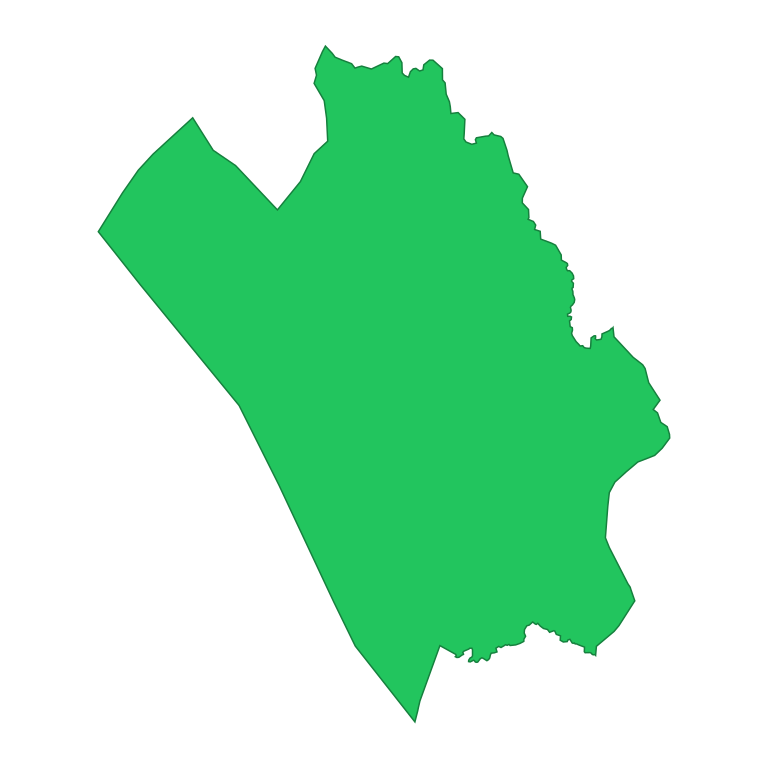 San Martín Zacatepec, Oaxaca, Mexico (Robinson projection)
{"feature_id": "50627088B15099528987942", "entity_name": "San Martín Zacatepec", "entity_type": "district", "adm_level": 2, "iso_a3": "MEX", "parent_name": "Mexico", "parent_adm1": "Oaxaca", "projection": "robinson", "projection_center": [-98.056, 17.815], "detail": "fine", "context": "isolated", "style": "filled", "palette": "green", "viewbox_px": 768, "rotation_deg": 0, "n_neighbors": 0, "source": "geoboundaries", "source_scale": "gbopen_adm2", "svg_char_len": 3386}
<svg xmlns="http://www.w3.org/2000/svg" viewBox="0 0 768 768"><path d="M578.8,344.4L576.1,341.6L572.3,335.6L571.6,333.3L572.5,330.1L572.3,327.7L570.2,326.6L569.5,320.9L571.2,319.5L571.5,317.0L570.2,316.3L567.7,316.3L567.5,314.1L569.8,313.1L570.9,311.9L571.1,310.1L570.4,307.3L571.2,305.9L572.4,305.0L574.2,302.4L574.7,299.7L574.4,298.1L572.8,294.1L573.0,293.5L572.8,291.2L572.0,289.2L572.2,288.0L573.1,287.5L573.4,283.3L571.6,281.3L571.8,280.0L573.7,278.7L573.5,275.9L572.1,273.1L569.7,270.7L567.5,270.7L566.6,269.3L566.2,267.4L567.7,265.4L567.4,263.6L566.4,262.8L561.4,260.1L561.2,254.9L555.6,245.2L551.6,243.2L540.7,239.1L540.2,231.3L534.6,229.5L535.7,225.1L533.4,221.5L528.1,219.3L528.9,217.5L528.5,209.5L522.3,202.9L522.4,198.1L527.5,186.7L518.8,174.2L513.2,172.9L508.2,155.8L507.0,150.4L503.0,138.4L500.8,136.5L494.1,134.9L491.8,132.5L488.7,135.9L485.4,136.2L476.4,137.8L475.4,139.7L476.4,143.1L471.8,144.3L466.0,142.0L463.8,138.9L464.2,133.6L464.9,119.3L458.1,112.6L450.9,113.5L450.3,106.8L449.4,101.7L446.2,94.2L445.1,82.9L442.5,79.9L442.4,68.6L433.0,60.2L429.6,60.1L423.8,64.8L423.0,69.9L419.6,71.0L415.9,68.4L413.2,68.9L410.4,71.7L408.5,77.2L404.5,75.4L402.2,73.0L401.9,62.7L398.7,56.8L395.6,56.5L387.7,63.6L383.9,63.1L371.4,69.0L361.7,66.1L357.6,67.2L355.0,68.1L351.6,63.7L341.6,59.9L335.1,57.2L332.2,53.3L325.4,46.1L322.5,51.5L315.1,68.4L316.5,75.2L314.1,83.4L324.2,100.6L326.6,118.2L327.7,141.2L314.2,153.6L300.4,181.6L277.4,209.9L235.7,165.7L213.2,150.3L192.7,117.8L153.0,154.2L138.3,170.2L122.5,192.9L98.3,231.7L140.2,284.6L239.1,405.5L279.0,485.2L333.8,602.0L355.3,646.1L414.9,721.9L417.7,710.9L418.4,707.5L419.1,704.5L419.9,701.0L439.9,645.6L455.8,654.4L456.2,655.7L455.3,656.7L456.9,657.5L458.9,657.3L462.1,655.0L463.5,654.4L463.4,653.7L462.7,652.5L464.0,651.1L468.9,649.0L469.8,648.2L471.9,648.2L472.5,649.8L472.5,655.7L471.9,657.0L470.0,658.1L468.7,660.2L468.6,661.6L470.2,661.9L473.5,660.3L474.4,660.6L475.2,661.9L476.2,662.3L477.7,662.1L480.2,658.8L481.8,657.8L483.1,658.3L486.9,660.7L488.6,659.6L489.7,658.0L490.4,654.9L491.2,653.2L494.4,652.8L497.0,651.9L495.9,648.2L498.7,646.4L501.0,647.5L504.6,645.4L505.6,644.7L507.2,645.3L509.0,644.4L510.1,645.5L515.7,644.9L520.0,643.4L523.8,641.4L523.9,639.2L525.6,636.2L524.2,633.0L524.5,629.6L526.8,625.8L529.2,625.1L532.7,622.0L535.2,624.0L536.3,624.4L537.8,623.3L540.3,626.1L543.5,628.5L547.5,629.5L549.6,632.3L553.9,630.7L554.8,631.1L556.3,634.4L560.5,635.8L560.2,640.2L563.3,642.0L567.2,641.6L568.0,639.9L569.9,639.3L572.1,642.9L573.1,643.3L574.4,643.0L575.1,643.9L576.5,643.9L578.7,644.9L584.5,647.1L584.3,651.7L585.1,652.7L590.1,652.6L591.4,653.3L592.1,654.3L593.2,654.8L594.8,654.6L595.6,655.4L596.4,646.3L614.1,631.4L618.9,625.7L634.1,601.9L634.5,601.3L634.8,600.9L630.8,589.3L630.6,588.6L630.2,587.2L628.1,584.1L627.8,583.6L609.3,547.5L605.4,537.8L607.8,506.3L609.3,492.6L614.9,482.1L626.0,472.0L637.8,462.0L654.7,455.4L662.2,448.2L669.7,438.1L669.5,434.4L667.2,426.7L660.8,422.4L657.5,412.9L653.2,409.5L660.0,400.2L648.7,382.7L645.1,368.5L642.7,364.8L633.1,357.3L614.0,336.8L613.0,327.6L612.5,328.3L611.4,328.4L610.7,329.3L609.5,330.5L607.9,331.3L602.0,333.9L601.9,336.8L601.0,339.3L596.6,340.0L595.1,338.5L595.7,337.1L595.5,335.8L594.1,335.8L591.1,337.9L590.7,346.1L590.2,348.4L588.3,348.3L586.0,348.1L584.2,347.6L582.7,345.7L580.1,346.0L578.8,344.4Z" fill="#22c55e" stroke="#15803d" stroke-width="1.5"/></svg>